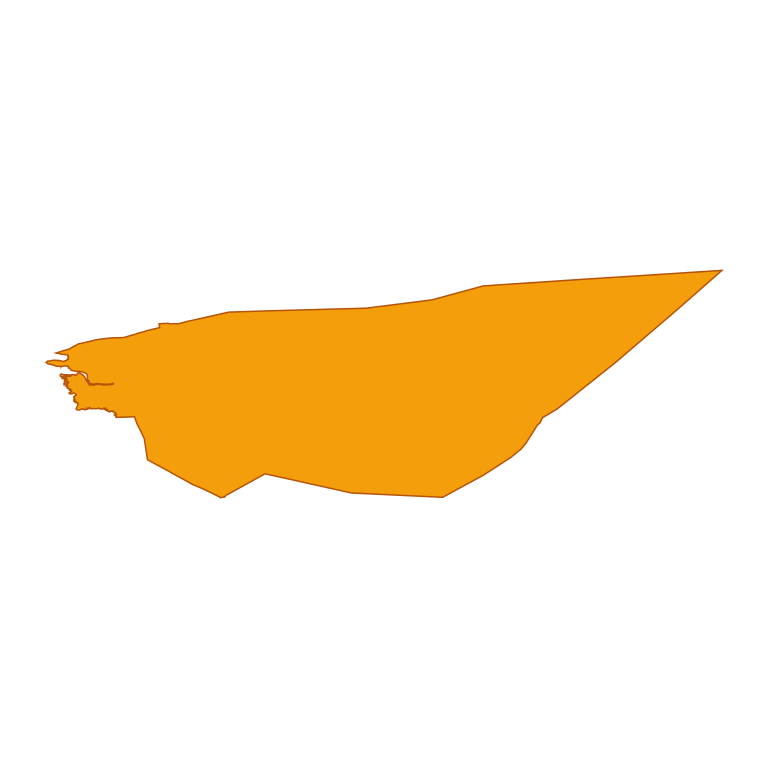 the district of Verdal nor, Nord-Trøndelag, Norway
{"feature_id": "86288312B89960362745418", "entity_name": "Verdal nor", "entity_type": "district", "adm_level": 2, "iso_a3": "NOR", "parent_name": "Norway", "parent_adm1": "Nord-Trøndelag", "projection": "equal_earth", "projection_center": [11.503, 63.784], "detail": "fine", "context": "isolated", "style": "filled", "palette": "amber", "viewbox_px": 768, "rotation_deg": 0, "n_neighbors": 0, "source": "geoboundaries", "source_scale": "gbopen_adm2", "svg_char_len": 5479}
<svg xmlns="http://www.w3.org/2000/svg" viewBox="0 0 768 768"><path d="M442.7,497.3L483.5,475.1L511.0,457.3L518.0,451.5L520.4,449.8L525.9,443.3L537.6,424.8L540.1,422.8L542.5,417.7L557.4,408.8L615.6,362.4L677.5,309.4L721.9,270.4L585.7,279.1L483.3,285.9L431.8,299.9L365.7,308.2L267.1,310.9L228.9,312.1L186.5,321.6L177.9,323.9L175.4,323.7L170.8,323.9L168.7,323.6L167.9,323.2L166.0,323.5L162.8,323.5L159.0,323.9L159.7,327.6L146.2,330.8L144.0,331.7L137.2,333.4L136.4,333.9L134.5,334.5L131.0,335.4L124.3,337.4L122.8,337.6L112.8,337.8L107.2,338.3L97.2,339.6L78.2,344.0L74.2,346.4L74.0,346.1L69.6,348.9L64.2,350.5L62.9,350.7L60.4,351.7L56.0,353.0L57.0,353.3L57.7,353.3L57.8,353.4L57.7,353.5L58.3,353.3L61.3,354.3L62.1,354.2L64.5,354.6L66.7,354.7L67.0,354.9L67.7,355.1L68.0,355.6L67.9,355.7L68.3,356.1L68.0,356.4L68.3,356.6L68.2,356.9L68.3,357.1L68.1,357.8L68.3,358.0L68.2,358.2L68.2,358.6L67.8,358.8L68.0,359.0L67.6,359.2L67.7,359.6L66.6,360.0L66.5,360.3L65.7,360.7L65.2,360.7L65.2,360.9L65.1,361.0L63.7,361.3L62.6,361.4L59.6,360.5L53.6,360.2L53.4,360.1L53.1,359.7L53.3,360.1L53.1,360.3L51.5,360.6L50.5,360.9L47.7,361.1L47.6,361.4L46.7,361.8L46.1,362.4L46.8,363.2L48.0,363.8L49.4,364.2L50.5,364.3L51.1,364.6L51.6,364.6L52.3,364.9L54.5,365.3L55.6,366.0L56.6,366.1L57.1,366.4L58.7,366.3L60.5,366.3L61.0,366.4L61.1,366.6L61.1,366.8L61.4,366.4L62.9,366.4L64.7,365.8L67.0,366.1L67.8,366.4L67.7,366.5L68.8,367.3L68.9,367.6L69.4,368.1L69.2,368.2L69.7,368.4L70.1,369.0L70.6,369.5L71.0,370.2L72.4,370.6L76.7,371.4L78.7,371.3L80.6,371.6L83.1,372.2L85.7,373.2L87.0,374.3L87.3,376.6L87.5,377.2L87.3,379.0L88.1,380.4L88.3,380.6L88.1,380.6L89.1,382.5L89.6,383.1L91.6,383.9L94.3,384.2L96.4,383.5L105.3,384.3L110.2,384.1L113.4,383.4L113.3,384.1L111.0,384.6L108.8,384.8L103.6,384.9L103.7,385.0L104.8,385.0L103.7,385.1L104.2,385.3L102.4,384.7L99.5,384.4L96.5,384.4L94.5,384.8L92.7,384.9L94.2,385.2L94.1,385.3L90.0,384.6L89.6,385.1L89.8,384.6L89.7,384.6L89.6,384.8L89.5,384.4L89.0,384.2L88.9,383.6L88.2,383.0L87.9,382.4L87.0,381.6L86.1,379.7L85.5,379.0L85.2,378.0L84.1,376.2L82.3,374.5L80.2,373.3L79.2,373.0L79.0,372.8L78.4,372.7L78.1,372.8L76.9,374.4L76.7,374.6L76.2,374.6L76.7,374.7L76.0,375.5L75.5,375.9L75.4,376.0L75.8,375.4L74.3,374.9L74.4,374.6L73.9,374.7L72.2,374.6L71.4,374.9L71.4,375.7L70.8,376.0L70.4,376.0L70.0,376.4L66.4,376.4L66.3,376.2L65.7,375.9L64.5,375.7L64.1,375.8L64.0,376.4L62.5,376.5L62.2,376.3L60.6,376.3L60.3,374.5L61.3,374.2L64.4,374.9L67.0,374.9L68.1,374.8L69.0,375.1L69.7,374.8L70.2,375.0L70.5,375.0L69.7,374.8L69.0,375.0L68.1,374.8L64.5,374.8L61.5,374.1L62.0,373.8L60.2,374.5L60.5,376.4L62.2,376.4L62.9,377.0L65.9,377.0L66.0,377.1L65.9,377.3L65.8,377.6L66.0,377.7L66.0,378.4L65.8,378.5L62.6,378.6L62.2,377.8L61.9,377.7L62.3,378.6L64.6,378.7L65.6,379.1L67.1,379.2L67.1,379.8L65.6,379.8L64.5,380.1L64.4,383.0L64.2,383.3L64.4,383.3L64.5,383.1L64.6,381.9L64.8,381.7L68.0,381.6L68.5,381.7L68.5,383.0L67.1,383.1L66.4,383.2L66.2,383.6L64.0,384.5L64.0,384.8L67.0,384.9L67.7,385.1L67.9,385.8L67.8,386.1L67.0,386.0L66.9,385.9L67.2,385.7L66.6,386.1L67.8,386.2L67.7,386.6L67.4,387.0L67.3,387.3L67.0,387.6L66.9,387.8L67.4,387.9L68.1,387.7L67.4,388.0L67.0,387.9L67.8,388.0L68.8,388.5L69.0,388.6L68.9,388.8L69.1,388.9L69.0,389.0L70.0,389.4L69.8,389.1L70.2,389.2L70.9,389.5L71.0,389.6L70.8,389.7L71.1,389.8L70.7,389.8L70.7,389.7L70.2,389.5L69.4,389.3L69.2,389.4L69.3,389.7L69.1,389.6L69.6,390.3L71.3,391.0L71.7,391.3L71.7,391.5L71.4,391.9L69.4,392.7L69.1,393.1L69.2,393.5L69.7,393.8L71.7,393.9L73.0,393.2L74.0,393.1L75.1,393.5L76.3,394.6L76.3,394.9L75.9,395.3L74.9,395.7L74.7,396.0L74.6,396.5L74.2,396.6L74.3,396.8L73.9,397.0L74.1,397.5L73.9,397.9L74.0,398.0L74.1,398.4L74.1,398.7L74.4,399.0L74.2,399.3L74.5,399.5L73.9,399.7L73.8,400.2L74.3,400.7L74.9,400.7L75.1,400.9L75.0,401.2L74.5,401.5L75.2,401.7L75.6,401.4L76.1,401.7L76.0,402.2L75.3,402.3L75.3,402.5L78.0,403.0L77.7,403.8L77.6,405.7L76.1,408.8L76.1,409.1L76.8,409.7L79.1,410.1L80.3,409.7L82.1,408.7L82.8,408.9L82.7,409.1L83.2,409.4L83.7,409.2L84.9,409.7L85.7,409.5L86.0,409.6L86.3,409.4L85.9,409.2L86.6,409.1L86.4,409.3L86.8,409.2L86.8,408.9L87.0,409.0L87.3,408.9L87.1,408.7L87.3,408.6L87.6,408.8L87.6,408.6L88.0,408.5L87.8,408.3L88.4,408.3L88.7,408.1L89.0,408.2L88.9,407.9L89.5,407.9L89.8,407.7L90.0,407.8L90.0,408.1L89.7,408.1L89.8,408.2L89.6,408.3L91.5,408.8L93.0,408.7L93.4,408.4L95.8,408.8L97.3,408.5L97.1,408.4L98.2,408.6L98.4,408.4L98.2,408.3L98.7,408.0L98.9,408.3L99.3,408.4L99.7,408.7L101.0,409.1L101.9,408.9L102.5,408.9L103.0,408.5L103.5,408.7L103.5,408.4L103.8,408.5L104.0,408.3L105.5,408.1L105.7,408.3L105.1,409.0L105.8,408.9L105.9,409.1L106.7,409.2L106.4,409.3L106.5,409.7L107.0,409.7L107.1,409.8L107.9,409.7L107.6,409.9L107.7,410.1L106.3,410.3L108.2,411.4L109.0,411.7L109.5,411.6L109.9,411.7L110.1,411.7L110.1,411.4L110.3,411.2L110.4,411.4L111.1,411.2L111.6,411.3L112.2,411.1L112.8,411.1L112.7,411.4L112.8,411.6L113.2,411.4L113.7,411.5L114.2,412.4L114.9,412.7L114.5,412.8L114.9,413.3L115.4,413.5L115.4,414.1L116.1,414.3L115.7,414.5L115.0,414.5L114.9,414.6L115.1,414.7L114.5,415.0L115.7,415.7L115.7,416.3L115.9,416.3L116.1,416.6L116.4,416.5L116.4,417.0L116.0,417.2L116.2,417.4L115.9,417.4L134.5,416.8L137.1,424.2L140.4,430.3L144.3,438.8L147.5,459.8L165.9,469.7L192.4,484.4L202.6,488.7L207.5,491.0L220.4,497.4L220.3,497.6L222.9,497.3L223.5,497.0L224.4,497.1L224.5,496.8L225.2,496.6L225.6,495.6L226.2,495.1L227.1,494.6L227.4,494.6L265.0,473.8L351.6,493.0L442.7,497.3Z" fill="#f59e0b" stroke="#b45309" stroke-width="1.5"/></svg>